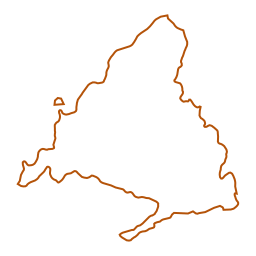 an SVG outline of Madrid
{"feature_id": "ESP-5833", "entity_name": "Madrid", "entity_type": "Autonomous Community", "adm_level": 1, "iso_a3": "ESP", "parent_name": "Spain", "parent_adm1": "", "projection": "robinson", "projection_center": [-3.775, 40.528], "detail": "fine", "context": "isolated", "style": "outline", "palette": "amber", "viewbox_px": 256, "rotation_deg": 0, "n_neighbors": 0, "source": "natural_earth", "source_scale": "10m", "svg_char_len": 4978}
<svg xmlns="http://www.w3.org/2000/svg" viewBox="0 0 256 256"><path d="M236.7,193.6L235.5,193.3L235.0,193.4L234.6,194.1L234.8,195.7L235.3,196.9L235.7,198.3L236.2,199.6L236.8,200.7L237.7,201.7L238.2,202.9L238.1,204.2L237.3,205.5L235.8,207.0L233.6,208.7L230.8,209.5L223.5,209.8L223.1,208.1L222.6,207.3L220.0,205.9L214.1,207.8L205.2,212.1L199.2,213.1L197.4,213.7L195.8,213.4L193.0,211.4L188.0,213.5L174.0,212.9L172.1,214.5L171.0,216.5L170.4,217.5L169.1,218.0L163.3,219.4L162.1,219.9L161.2,220.5L160.2,221.4L159.9,221.6L157.2,222.2L154.9,223.1L154.2,223.8L154.4,226.3L154.0,227.3L152.8,227.9L149.4,228.8L146.9,230.5L145.2,231.2L142.5,231.5L140.9,232.0L139.8,232.5L138.8,233.3L137.5,234.9L135.4,236.7L134.2,237.3L131.9,239.0L130.8,240.2L129.0,240.6L126.7,240.3L122.1,237.5L120.3,236.0L119.7,234.7L121.0,233.6L122.7,232.7L131.8,230.0L133.6,229.9L134.3,229.3L136.7,226.7L137.5,226.1L140.2,225.3L142.6,223.5L149.4,216.7L151.3,215.6L152.3,215.5L154.1,214.4L154.8,213.9L155.1,213.2L156.3,211.5L156.7,210.8L158.0,207.1L158.2,206.2L158.1,204.4L158.2,203.6L157.6,202.7L156.1,201.5L149.0,198.2L146.3,198.0L143.9,197.3L141.9,197.0L138.3,197.6L136.5,197.1L135.7,196.8L134.6,196.1L132.4,193.1L131.4,192.3L130.2,192.0L127.7,192.6L126.4,192.4L125.0,191.4L124.2,190.4L123.4,189.6L122.6,189.2L115.7,187.5L111.0,185.4L103.2,183.1L101.4,182.3L100.1,181.2L99.4,180.0L98.5,178.8L97.4,177.8L96.1,177.0L92.9,175.7L91.6,175.6L90.3,176.6L88.9,177.4L87.0,178.0L84.2,177.6L81.9,176.9L77.8,173.1L76.9,172.0L75.8,171.2L74.4,171.1L70.8,173.3L67.1,173.9L65.5,174.9L64.7,175.9L63.6,177.8L62.4,179.5L61.4,180.5L59.4,182.1L58.6,182.5L58.0,182.4L56.0,180.3L53.8,179.4L52.5,178.4L51.5,177.3L50.4,175.0L50.0,173.8L50.0,172.5L50.3,169.8L50.2,168.6L49.6,167.6L48.7,166.9L47.9,166.7L47.1,166.9L45.3,169.5L44.6,170.8L43.7,172.0L39.2,176.3L38.4,177.7L37.1,179.1L35.0,180.5L30.6,182.2L28.7,183.3L27.3,184.5L26.6,185.6L25.3,186.3L23.4,186.4L21.1,186.0L17.8,184.0L19.8,180.9L21.0,174.9L22.9,171.3L23.7,170.2L24.0,168.9L23.7,167.5L23.0,165.2L22.8,163.9L22.8,162.3L23.6,161.5L24.7,161.4L25.7,162.2L27.3,164.5L28.2,165.2L28.9,165.4L31.3,165.2L32.8,164.8L34.5,163.7L35.6,162.1L37.1,159.4L37.6,157.8L37.9,156.5L37.9,155.5L38.4,152.5L39.0,151.4L40.2,150.1L41.0,149.5L41.9,149.1L42.8,148.9L43.8,149.0L44.9,149.3L45.8,149.6L46.6,149.7L47.3,149.7L48.3,149.2L52.4,148.9L53.9,148.2L54.1,147.3L53.4,144.8L54.6,140.9L55.1,139.5L55.4,138.3L55.2,137.1L54.8,135.9L54.9,133.8L55.1,132.8L55.1,131.9L54.9,130.9L54.9,128.3L54.8,126.8L54.8,125.0L55.8,123.3L56.9,122.3L58.0,121.7L58.6,121.1L59.0,120.5L59.3,119.9L59.9,117.9L60.0,116.7L59.9,115.4L59.6,114.1L59.1,112.9L59.0,111.2L59.7,110.3L60.7,110.2L61.5,110.9L62.5,113.1L63.5,113.8L64.7,114.3L66.1,114.6L68.8,114.1L71.4,113.1L72.9,112.7L74.5,112.2L76.0,111.0L76.4,109.8L76.4,107.1L76.8,104.3L76.9,103.1L77.9,99.6L82.0,93.9L82.6,92.8L88.2,85.1L89.8,83.8L92.7,82.4L94.5,82.4L96.1,82.7L97.3,83.2L98.6,83.2L102.0,82.6L102.8,82.3L103.7,81.6L104.2,80.2L104.9,78.9L105.9,76.3L106.3,75.0L106.4,72.4L106.7,71.1L107.3,69.6L108.2,68.0L108.7,66.6L108.7,65.3L108.2,62.8L108.5,61.6L109.0,60.4L110.9,57.2L113.0,54.7L114.3,52.9L115.6,51.4L117.1,50.3L129.6,46.3L131.0,45.6L132.3,44.6L134.3,41.8L135.1,40.4L135.9,39.1L137.3,36.4L138.8,34.9L141.0,33.1L147.2,29.0L150.0,26.3L152.6,23.2L153.5,22.0L154.6,20.6L156.1,19.3L160.7,16.7L167.4,15.4L168.0,18.5L173.5,23.5L175.1,25.9L176.4,27.2L177.5,28.0L180.9,29.5L181.9,29.8L183.3,30.3L185.0,36.4L187.2,41.9L187.2,44.3L186.8,46.0L185.7,48.3L185.2,49.7L184.6,50.9L183.3,55.0L182.8,56.4L182.1,57.7L181.6,59.3L181.1,60.6L181.0,62.0L181.7,63.5L181.8,65.3L181.2,66.2L180.3,67.0L179.7,67.2L179.0,67.7L178.5,68.4L178.1,69.3L177.3,74.4L177.0,75.5L176.3,77.3L175.4,78.9L174.9,79.7L174.4,80.2L174.4,80.9L174.7,81.5L175.8,82.1L180.0,83.3L181.0,84.5L181.9,86.4L182.3,88.2L182.4,90.6L183.0,91.8L182.9,93.2L182.4,94.3L180.7,96.7L180.2,98.2L180.7,99.3L181.6,100.3L182.6,101.2L183.7,101.7L186.0,101.2L188.0,101.4L188.8,100.6L189.2,99.7L190.3,99.7L191.5,101.2L193.6,104.6L195.2,106.3L196.7,107.2L197.9,107.4L198.9,107.0L199.7,106.5L200.6,106.9L199.8,110.7L199.5,115.5L200.2,117.0L201.0,118.2L202.3,118.9L204.3,120.7L204.8,121.9L205.1,123.3L205.0,124.1L204.7,124.7L204.3,125.2L204.1,125.9L204.4,126.5L204.9,126.9L205.9,126.9L206.7,126.7L207.6,126.1L208.6,125.6L209.5,125.2L210.8,125.5L212.0,126.0L213.1,126.9L214.2,127.7L217.3,130.5L217.7,131.6L217.8,132.4L217.8,133.1L218.1,136.6L217.9,141.6L218.5,142.9L219.5,143.6L220.8,143.9L222.4,144.7L224.2,146.1L226.4,149.5L226.9,151.5L226.7,152.9L226.3,153.7L226.2,154.3L226.4,155.9L226.4,156.8L226.2,157.7L225.8,158.4L225.2,160.1L225.1,160.9L224.8,161.9L224.2,162.9L222.1,164.8L221.2,166.1L220.8,168.1L220.7,169.7L220.2,171.2L219.8,172.9L219.7,174.8L220.1,177.3L221.2,178.6L222.3,178.5L223.3,177.6L224.2,176.5L225.2,175.4L229.0,172.8L230.4,172.6L232.1,173.7L233.3,175.9L234.6,179.1L235.1,181.2L235.3,182.9L235.2,186.5L236.7,193.6ZM61.1,98.6L63.7,104.1L54.5,104.8L55.0,100.5L57.8,98.0L61.1,98.6Z" fill="none" stroke="#b45309" stroke-width="2"/></svg>